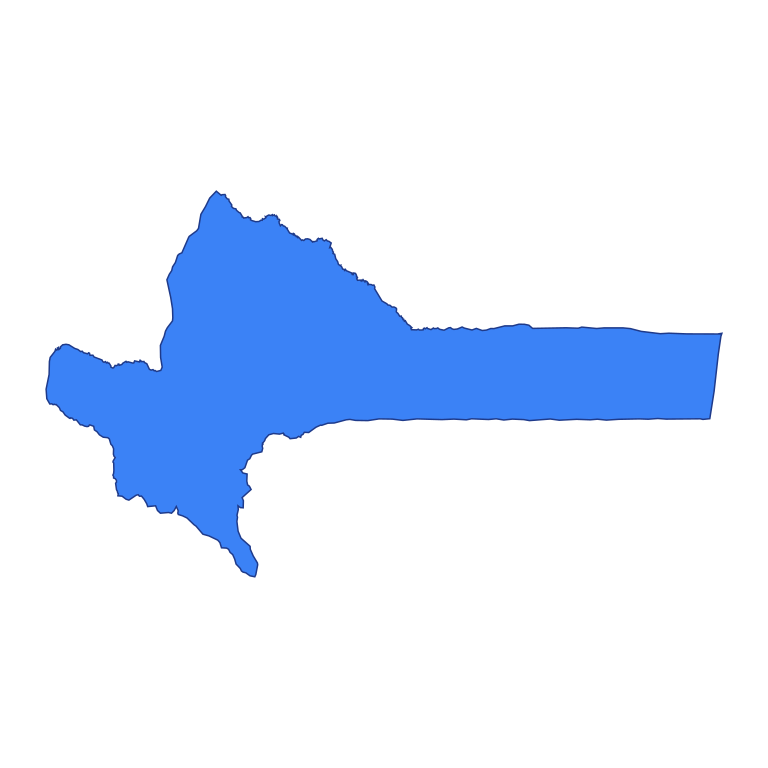 Bariadi, Simiyu, United Republic of Tanzania
{"feature_id": "72390352B92057106188413", "entity_name": "Bariadi", "entity_type": "district", "adm_level": 2, "iso_a3": "TZA", "parent_name": "United Republic of Tanzania", "parent_adm1": "Simiyu", "projection": "natural_earth1", "projection_center": [34.103, -2.601], "detail": "fine", "context": "isolated", "style": "filled", "palette": "blue", "viewbox_px": 768, "rotation_deg": 0, "n_neighbors": 0, "source": "geoboundaries", "source_scale": "gbopen_adm2", "svg_char_len": 6077}
<svg xmlns="http://www.w3.org/2000/svg" viewBox="0 0 768 768"><path d="M719.4,333.7L719.7,334.0L686.9,333.9L668.9,333.2L660.3,333.7L641.3,331.4L630.4,328.6L623.2,327.9L603.9,327.9L596.7,328.5L581.8,327.1L578.2,328.2L566.1,327.8L532.6,328.4L528.9,325.2L524.5,324.3L519.0,324.2L512.6,325.9L504.7,325.9L493.9,328.6L490.8,328.5L486.4,330.1L482.2,330.5L476.3,328.4L472.0,330.0L464.4,328.1L462.1,327.0L457.3,329.0L453.8,329.4L452.0,328.8L450.5,327.6L448.8,327.8L444.1,330.2L439.6,329.3L437.8,327.9L436.6,328.5L434.2,328.6L433.4,328.0L431.0,329.6L427.6,328.5L427.0,327.7L425.2,328.8L424.4,328.1L423.5,328.5L423.2,329.8L421.7,330.0L419.3,330.0L418.4,329.2L416.6,329.9L411.4,329.7L410.9,328.2L411.9,327.7L409.8,325.6L407.3,324.1L405.3,320.7L404.4,321.2L403.7,319.3L403.0,319.5L402.5,317.8L401.6,317.5L401.3,316.1L399.7,316.2L397.9,313.3L396.7,312.4L396.3,311.8L396.6,308.9L395.9,307.9L394.0,307.0L392.1,307.1L390.0,305.3L387.9,305.0L387.0,303.9L382.0,301.0L374.6,288.7L374.9,287.0L373.9,285.0L372.6,285.3L371.4,284.6L369.4,284.4L368.0,284.8L367.7,283.9L368.4,283.8L368.3,283.4L367.2,281.8L366.6,281.4L365.2,281.8L365.4,280.9L364.1,281.0L363.0,279.6L361.9,281.0L361.4,280.2L360.8,280.7L360.3,280.1L357.5,280.3L356.7,278.7L357.5,277.7L357.1,276.9L356.5,276.8L356.5,275.3L355.5,273.4L353.8,273.0L353.3,274.2L352.8,273.4L352.2,274.3L351.5,272.9L346.1,270.6L345.5,269.4L344.5,270.3L344.3,269.4L342.7,269.1L341.6,266.7L340.7,265.8L340.8,265.2L340.0,265.5L338.4,264.3L337.7,261.7L335.7,258.6L334.7,254.3L333.0,253.5L333.4,252.1L332.7,251.3L332.3,249.4L330.8,247.4L329.7,247.7L331.2,243.0L328.9,241.3L327.4,241.0L326.2,239.7L324.3,240.9L322.9,239.9L322.2,238.3L319.1,238.9L318.4,238.3L317.1,239.5L317.1,240.8L313.9,241.8L313.1,241.5L312.6,242.0L310.0,239.5L307.7,238.8L305.4,239.0L303.8,240.5L302.6,239.9L301.6,240.4L298.8,237.4L297.9,237.6L297.9,236.8L297.4,236.9L297.1,236.2L296.3,236.6L295.8,235.6L295.0,235.6L294.5,234.3L293.6,234.8L293.7,233.6L293.3,233.4L292.9,234.2L289.6,233.0L287.2,229.1L287.3,228.2L286.6,228.2L284.6,226.2L283.4,226.0L282.3,224.7L281.5,224.6L280.4,225.8L279.2,223.1L279.0,221.3L279.8,220.6L279.4,219.4L277.4,218.9L277.6,217.4L276.9,216.3L276.8,217.0L276.0,216.1L274.5,215.6L274.4,214.9L272.5,215.6L272.4,214.7L270.7,215.5L268.9,215.0L267.0,215.9L266.2,216.9L265.4,216.6L265.8,217.8L263.7,219.2L262.5,218.7L262.2,220.3L261.0,220.2L259.0,221.5L255.7,221.7L252.0,220.6L250.5,219.8L250.7,218.6L250.0,217.6L248.7,217.7L248.0,216.7L246.8,217.6L243.6,218.0L243.4,217.3L242.2,217.0L242.2,216.2L240.2,212.9L238.9,212.4L236.5,210.3L235.9,208.8L233.5,208.4L231.5,206.5L231.8,205.0L229.1,201.1L228.8,199.2L227.3,198.9L225.5,196.8L225.6,195.5L225.0,194.5L221.9,194.7L221.2,195.3L216.3,191.2L209.7,198.1L205.5,206.6L200.9,214.3L198.5,228.4L196.7,230.8L189.3,236.3L188.7,237.2L181.9,252.8L179.2,254.0L177.7,255.4L175.4,262.5L172.6,266.8L171.7,270.6L169.3,274.3L166.9,279.8L170.7,297.4L172.5,308.6L172.8,317.7L172.5,320.9L167.4,327.6L165.5,331.1L164.2,336.2L160.4,345.4L160.6,357.5L162.2,367.1L160.8,370.4L156.6,371.5L155.0,370.5L154.2,370.8L153.0,369.6L151.1,370.1L149.4,369.3L146.8,363.7L144.4,362.5L144.0,361.5L141.1,361.6L140.8,360.6L140.1,360.2L139.4,361.9L134.6,360.9L133.8,362.9L132.9,363.1L128.0,361.8L126.8,362.3L126.0,361.3L122.8,363.2L121.8,364.5L119.3,365.3L118.9,364.1L118.3,364.1L118.4,364.6L116.4,365.7L115.1,365.4L113.6,367.8L112.6,368.0L110.8,367.0L110.9,366.0L109.1,363.1L108.3,363.2L107.6,362.3L106.4,362.9L105.5,361.6L104.0,362.3L102.8,361.6L102.0,360.0L94.1,357.0L92.9,355.2L90.0,355.3L89.5,353.2L88.6,352.8L87.6,353.8L83.5,352.7L82.2,351.2L80.7,351.6L77.9,349.5L74.7,348.4L68.9,344.8L66.0,344.3L62.7,344.8L60.6,346.7L60.4,348.2L59.0,349.4L58.6,347.3L57.3,348.1L57.7,349.5L56.5,350.1L55.6,349.2L54.9,351.4L50.2,357.4L49.4,361.5L49.1,374.5L46.1,389.2L46.8,398.7L49.8,404.0L51.8,403.8L53.1,404.7L54.3,404.2L55.2,404.7L56.1,404.5L59.3,407.6L60.5,410.4L63.0,411.9L65.1,415.0L69.6,418.3L70.2,418.4L70.7,417.8L72.6,418.4L73.8,420.1L76.4,419.9L80.3,424.8L82.2,424.9L84.6,426.1L87.0,426.6L88.6,426.3L89.4,425.0L89.9,424.9L93.7,426.3L94.4,429.9L97.1,431.8L99.4,434.8L103.2,437.2L107.8,437.7L109.3,438.9L110.9,444.3L112.3,445.7L113.6,448.8L113.4,454.2L114.1,456.4L115.2,457.5L113.1,461.1L113.0,462.1L113.7,463.0L113.9,470.4L113.6,473.5L112.9,475.1L113.6,476.5L113.6,478.0L115.3,478.7L116.4,480.3L116.5,482.2L115.6,483.2L116.5,489.7L117.3,491.1L117.7,493.0L118.3,493.6L117.9,495.8L122.1,496.2L126.0,499.2L128.9,500.1L136.2,495.2L138.2,494.7L139.4,496.2L141.5,496.1L144.2,499.4L146.7,503.7L147.7,506.6L155.6,505.8L157.5,510.5L160.4,513.2L168.5,512.5L171.5,513.2L174.1,510.6L176.3,506.5L178.2,510.7L177.8,513.1L178.3,514.5L182.5,515.8L186.9,517.9L194.0,524.7L196.0,526.1L202.9,534.2L208.9,535.9L217.7,540.1L219.9,542.6L221.5,547.8L226.6,548.1L228.6,549.3L230.1,552.4L232.7,554.6L234.7,559.1L236.1,564.1L240.3,568.5L241.4,570.9L243.0,572.1L245.8,572.8L250.0,575.8L254.8,576.8L255.8,574.6L257.7,564.8L257.4,562.9L253.2,555.9L250.3,549.3L250.1,546.3L241.0,538.2L238.1,531.2L236.9,521.4L237.5,517.3L237.0,515.2L238.3,509.6L238.0,505.8L240.3,507.6L243.2,507.8L243.4,500.7L242.1,497.6L251.1,489.5L249.4,486.2L247.6,484.9L246.8,481.1L247.1,474.0L242.9,473.0L240.4,469.8L242.3,469.7L244.9,467.7L247.5,460.2L249.8,458.7L251.5,455.2L252.7,454.1L261.8,451.8L262.7,448.4L262.2,446.2L262.5,443.5L262.9,443.8L262.9,442.9L264.7,440.6L265.4,438.6L268.8,434.8L273.4,433.5L279.5,434.1L283.3,433.1L284.2,434.4L283.9,434.8L288.8,437.2L290.1,438.7L296.3,438.0L298.6,436.4L300.7,437.3L301.2,435.3L303.0,434.4L304.3,432.3L308.7,432.5L316.0,427.2L320.6,425.1L321.7,425.3L327.9,423.2L334.3,423.0L346.2,419.8L349.9,419.4L355.6,420.4L367.9,420.6L379.0,418.9L392.2,419.1L402.9,420.4L417.0,418.9L442.0,419.6L453.9,419.1L466.4,419.8L471.6,418.8L488.5,419.5L496.2,418.8L503.8,420.0L512.4,419.1L523.8,419.6L529.5,420.6L550.3,419.0L559.3,420.2L576.7,419.3L590.3,419.8L597.4,419.2L606.4,420.1L618.6,419.3L639.3,418.9L648.3,419.2L657.8,418.5L666.1,419.1L700.2,418.8L702.9,419.4L709.8,418.7L714.1,391.3L718.3,354.1L720.9,336.3L721.9,333.3L719.4,333.7Z" fill="#3b82f6" stroke="#1e3a8a" stroke-width="1.5"/></svg>